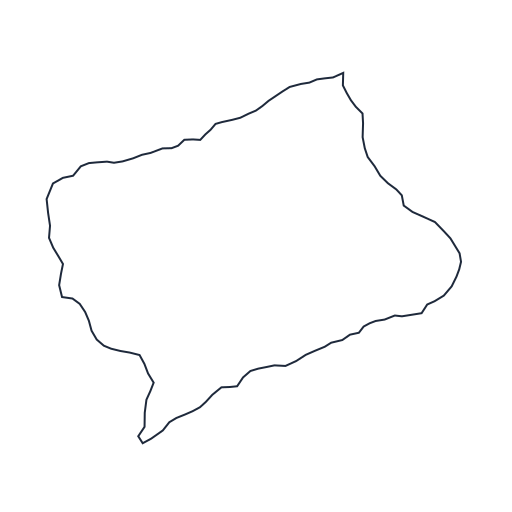 Heliodora, Minas Gerais, Brazil, rotated 171°
{"feature_id": "56859067B59124284562454", "entity_name": "Heliodora", "entity_type": "district", "adm_level": 2, "iso_a3": "BRA", "parent_name": "Brazil", "parent_adm1": "Minas Gerais", "projection": "equal_earth", "projection_center": [-45.541, -22.046], "detail": "fine", "context": "isolated", "style": "outline", "palette": "slate", "viewbox_px": 512, "rotation_deg": 171, "n_neighbors": 0, "source": "geoboundaries", "source_scale": "gbopen_adm2", "svg_char_len": 1720}
<svg xmlns="http://www.w3.org/2000/svg" viewBox="0 0 512 512"><g transform="rotate(171 256 256)"><path d="M141.2,423.2L152.0,420.3L160.4,420.7L168.2,420.9L176.2,418.9L184.7,418.9L196.3,417.7L203.8,414.5L210.9,411.2L219.3,407.3L226.3,403.1L233.4,399.6L241.1,397.7L249.9,395.0L258.2,394.2L268.7,393.6L275.3,392.8L281.1,387.8L286.9,384.1L292.9,379.4L300.0,381.0L308.6,382.0L315.7,377.1L322.5,375.7L331.5,376.9L344.0,374.3L352.8,373.8L362.1,371.7L373.0,370.3L381.7,370.3L388.4,372.5L398.8,373.4L406.5,373.9L415.0,372.0L424.1,363.9L434.5,363.4L445.2,359.4L453.9,345.0L454.6,331.1L454.7,318.1L457.6,306.3L455.0,295.9L450.9,285.9L447.9,278.3L451.3,269.2L455.0,258.0L454.0,245.8L443.9,242.7L437.6,236.3L433.5,227.4L431.2,218.2L430.1,207.9L426.4,198.4L420.3,191.2L413.6,187.1L404.8,183.4L395.9,180.4L386.5,176.4L383.1,166.9L381.0,156.9L376.9,146.9L381.6,138.9L386.7,131.2L390.4,118.6L392.8,104.7L400.5,96.4L397.2,88.8L388.1,92.0L375.3,98.3L367.6,105.4L359.9,108.5L351.1,110.5L343.0,112.6L335.0,115.4L328.3,119.8L320.8,125.8L310.7,131.7L302.3,130.7L295.0,130.3L287.8,138.1L279.5,143.3L271.4,144.4L263.0,144.7L254.9,145.1L244.1,142.8L232.7,146.0L222.3,150.6L212.4,153.2L202.3,155.6L195.3,158.6L183.9,159.5L175.5,163.6L166.4,164.1L160.7,169.5L154.2,171.8L148.0,173.1L138.9,173.1L128.2,175.5L121.3,173.6L111.6,173.6L101.4,173.6L94.5,181.3L86.7,183.4L76.7,187.5L67.5,195.4L61.2,204.3L57.4,211.0L54.4,218.2L54.5,226.8L58.1,235.5L61.2,243.0L66.6,251.1L73.9,261.5L83.4,267.8L94.5,275.0L102.2,282.7L102.5,293.1L107.0,299.8L114.3,307.2L120.7,315.8L124.8,326.1L130.2,336.3L131.7,345.5L132.1,356.7L129.5,370.3L128.5,380.1L134.1,387.8L137.9,395.0L140.9,402.8L143.5,410.9L141.2,423.2Z" fill="none" stroke="#1e293b" stroke-width="2"/></g></svg>